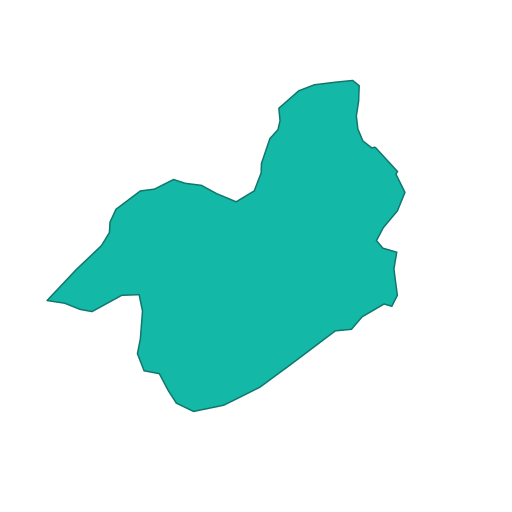 Trollhättan, Västra Götaland, Sweden, rotated 320°
{"feature_id": "70781695B47342349503328", "entity_name": "Trollhättan", "entity_type": "district", "adm_level": 2, "iso_a3": "SWE", "parent_name": "Sweden", "parent_adm1": "Västra Götaland", "projection": "robinson", "projection_center": [12.405, 58.23], "detail": "fine", "context": "isolated", "style": "filled", "palette": "teal", "viewbox_px": 512, "rotation_deg": 320, "n_neighbors": 0, "source": "geoboundaries", "source_scale": "gbopen_adm2", "svg_char_len": 969}
<svg xmlns="http://www.w3.org/2000/svg" viewBox="0 0 512 512"><g transform="rotate(320 256 256)"><path d="M327.7,381.8L339.0,377.0L347.0,364.4L353.4,354.5L366.2,343.6L358.2,331.5L358.2,321.6L371.8,316.1L393.4,312.3L411.0,303.0L415.8,283.3L418.7,282.2L417.2,249.2L417.3,249.2L414.2,247.7L411.8,236.7L415.7,224.1L422.9,213.2L434.1,203.4L444.5,191.9L442.9,183.7L429.3,174.4L410.9,162.4L394.9,156.9L368.9,157.5L368.5,157.5L361.3,167.9L354.1,173.3L342.1,175.0L319.7,188.6L313.3,195.7L296.5,205.0L275.6,201.7L266.0,183.1L259.6,166.8L248.4,154.7L242.0,144.4L221.2,139.5L209.2,131.8L178.8,130.2L166.0,136.2L158.8,143.8L144.4,148.7L109.2,150.9L67.5,155.8L67.5,156.0L79.1,169.2L86.9,183.8L94.7,193.2L127.9,199.8L141.6,210.5L133.7,225.2L114.1,245.2L102.4,254.6L96.5,272.0L106.3,284.0L102.3,302.7L100.4,317.5L108.2,334.9L135.5,349.6L174.7,359.0L215.7,361.6L268.6,364.3L282.0,373.5L298.2,370.8L323.3,375.1L327.7,381.8Z" fill="#14b8a6" stroke="#0f766e" stroke-width="1.5"/></g></svg>